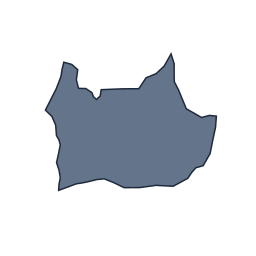 map outline of Tərtər (Albers equal-area conic projection), rotated 204°
{"feature_id": "AZE-1738", "entity_name": "Tərtər", "entity_type": "District", "adm_level": 1, "iso_a3": "AZE", "parent_name": "Azerbaijan", "parent_adm1": "", "projection": "albers", "projection_center": [46.821, 40.256], "detail": "fine", "context": "isolated", "style": "filled", "palette": "slate", "viewbox_px": 256, "rotation_deg": 204, "n_neighbors": 0, "source": "natural_earth", "source_scale": "10m", "svg_char_len": 1025}
<svg xmlns="http://www.w3.org/2000/svg" viewBox="0 0 256 256"><g transform="rotate(204 128 128)"><path d="M213.4,162.0L208.6,162.7L208.3,162.8L205.2,163.2L197.6,160.8L194.8,151.0L189.3,144.1L182.6,146.9L175.3,145.6L172.2,142.5L168.7,141.3L168.5,141.2L166.4,146.0L166.5,146.1L168.1,152.1L149.9,161.1L138.8,166.2L136.9,167.0L134.1,168.3L131.9,181.3L124.4,189.1L120.1,199.4L118.8,213.2L111.9,205.4L110.3,201.7L108.2,196.9L104.6,189.2L97.2,183.2L82.6,169.3L65.1,167.5L58.8,172.6L52.1,174.8L48.3,164.2L45.7,151.7L42.6,138.1L44.0,124.2L46.9,121.7L49.8,119.3L51.8,113.0L52.9,106.3L54.8,103.9L58.9,98.5L63.0,93.2L64.8,92.5L68.1,91.2L79.1,87.0L93.1,78.3L107.4,71.9L116.1,72.2L117.8,72.2L118.3,72.3L129.1,71.9L132.5,69.9L135.4,68.3L141.3,63.7L146.9,59.6L152.6,55.9L159.1,49.5L166.0,42.8L168.2,48.7L169.6,55.0L174.0,61.6L179.2,67.3L181.0,76.2L183.0,85.0L186.2,89.0L190.3,92.0L195.3,101.3L202.2,107.6L210.7,110.7L210.2,121.6L209.5,134.7L210.2,147.8L212.1,154.8L213.4,162.0Z" fill="#64748b" stroke="#1e293b" stroke-width="1.5"/></g></svg>